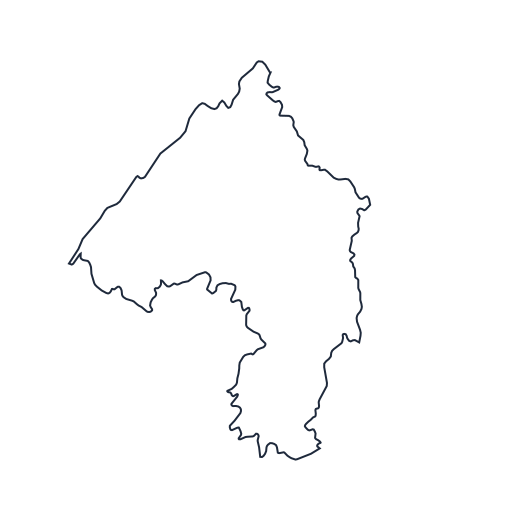 the Region of Rivne, rotated 302°
{"feature_id": "UKR-286", "entity_name": "Rivne", "entity_type": "Region", "adm_level": 1, "iso_a3": "UKR", "parent_name": "Ukraine", "parent_adm1": "", "projection": "natural_earth1", "projection_center": [26.178, 50.971], "detail": "fine", "context": "isolated", "style": "outline", "palette": "slate", "viewbox_px": 512, "rotation_deg": 302, "n_neighbors": 0, "source": "natural_earth", "source_scale": "10m", "svg_char_len": 6143}
<svg xmlns="http://www.w3.org/2000/svg" viewBox="0 0 512 512"><g transform="rotate(302 256 256)"><path d="M150.5,101.4L167.8,101.7L178.5,100.0L205.4,104.0L214.2,103.8L218.1,104.5L226.2,110.3L230.0,111.6L259.5,112.6L261.0,113.2L261.0,114.4L260.6,115.8L260.9,117.4L262.5,119.1L264.3,119.9L292.2,120.6L316.1,129.0L324.5,130.1L337.3,126.6L348.5,126.9L353.7,127.8L357.1,129.4L357.9,131.9L357.6,135.4L357.6,139.7L358.6,142.9L360.4,144.3L363.0,144.6L366.1,144.2L369.8,145.0L369.4,147.8L367.6,151.3L366.9,154.0L368.6,155.3L371.4,155.1L376.4,153.8L383.9,154.8L386.5,154.6L389.3,153.5L392.8,150.4L395.2,149.4L399.6,149.5L413.4,153.9L420.5,154.1L422.5,155.0L424.1,158.4L423.2,162.5L419.0,170.7L419.3,171.1L415.1,171.7L410.7,173.2L409.1,174.0L408.3,176.5L407.9,179.6L408.0,181.0L408.3,181.9L410.2,183.4L411.2,184.8L411.5,186.0L411.0,187.1L410.2,187.2L408.9,186.8L403.8,183.3L403.1,182.4L402.3,180.8L400.8,179.1L399.5,178.8L398.5,179.2L398.1,180.5L396.9,187.7L396.8,189.8L397.1,191.1L399.1,192.6L399.8,193.5L399.5,195.2L398.0,197.9L396.2,199.3L388.5,200.9L388.0,201.2L387.8,201.7L388.0,202.4L392.3,209.7L392.6,211.8L392.0,213.8L390.2,216.4L389.6,217.0L386.7,218.3L385.5,219.6L383.3,224.6L380.5,227.8L379.5,234.6L378.1,236.6L375.7,238.6L373.8,242.3L373.1,243.2L372.5,243.8L369.5,245.0L364.6,245.9L363.4,246.4L362.6,247.5L361.3,250.8L360.3,251.9L360.3,252.4L362.4,255.8L363.1,259.0L363.4,259.7L365.2,261.6L365.2,262.2L364.7,263.1L362.8,264.1L362.6,264.6L363.4,266.0L365.1,267.8L365.7,268.7L365.5,271.6L363.6,280.4L363.9,283.2L364.6,285.5L365.9,287.4L368.8,291.0L369.9,293.7L369.2,296.5L366.3,302.8L365.3,304.2L362.7,306.7L360.0,312.5L359.9,313.9L360.4,315.3L361.0,316.0L364.2,317.5L365.1,318.3L365.4,318.9L364.4,321.4L359.9,325.7L353.7,324.5L352.9,324.1L352.1,323.5L352.1,321.2L351.4,319.1L349.8,318.2L347.8,318.3L347.0,318.5L346.1,319.4L344.9,322.4L344.5,322.8L338.2,325.0L335.1,327.1L333.6,328.6L332.3,329.3L330.4,329.7L328.9,329.3L326.3,328.1L323.7,327.3L322.8,327.3L322.0,327.4L319.6,329.2L310.7,332.3L310.0,333.1L309.6,334.2L309.9,337.3L309.4,338.7L308.1,339.2L304.4,338.0L302.9,337.9L302.1,338.2L301.7,338.7L301.5,340.8L301.2,341.6L300.6,342.4L298.6,344.1L298.1,345.5L297.5,346.5L296.3,347.6L290.7,351.3L290.4,352.5L290.5,353.9L289.8,355.5L283.2,359.6L282.4,360.4L280.5,363.5L279.7,364.2L273.9,367.8L271.2,370.8L269.0,372.7L267.0,373.5L264.0,373.8L260.4,373.3L258.7,373.5L256.7,374.2L253.8,376.5L248.6,383.3L246.4,385.5L243.7,386.9L237.4,389.3L237.1,384.4L235.9,382.9L233.8,381.6L233.4,380.0L234.3,377.6L235.0,376.5L236.3,375.2L237.2,373.5L236.7,372.1L236.0,371.4L234.9,371.4L232.6,373.3L228.8,374.6L227.3,374.7L218.2,371.3L216.0,370.8L213.8,371.1L210.4,372.7L207.4,372.4L203.8,371.2L200.9,370.9L197.8,372.8L185.9,383.5L183.2,384.9L168.3,385.9L166.1,386.3L165.0,386.8L162.3,388.9L161.0,389.5L160.1,389.5L159.6,389.3L158.7,388.3L157.9,387.8L157.3,387.9L156.7,388.1L153.9,390.3L152.1,391.2L151.3,391.2L149.3,389.9L146.0,389.2L143.3,388.2L140.1,387.4L138.6,387.3L137.6,387.6L137.0,388.6L136.3,391.2L136.1,392.5L136.4,393.7L136.8,394.1L139.1,395.9L139.4,397.0L138.2,399.1L137.0,400.6L133.2,402.4L132.8,402.9L132.5,404.1L132.7,406.0L132.6,408.2L132.1,409.6L131.7,409.7L130.0,408.5L128.3,408.2L127.5,408.4L127.0,408.9L126.6,412.0L117.4,407.4L105.5,398.6L104.3,397.4L103.3,393.2L103.2,391.3L103.3,388.5L104.3,384.5L104.3,383.6L101.3,380.4L100.8,379.4L100.8,378.7L104.8,375.2L106.2,373.3L106.3,371.1L105.8,368.9L104.8,367.1L102.2,366.1L100.6,366.0L99.3,366.3L95.9,368.0L93.0,368.5L90.4,368.3L88.7,367.6L87.9,366.0L95.4,360.0L99.7,355.7L100.7,355.0L104.7,353.7L105.5,352.7L105.8,351.9L105.8,351.2L105.3,350.2L102.4,349.6L101.3,348.9L98.0,344.3L96.9,343.0L92.3,339.9L91.6,338.7L91.8,338.2L92.3,337.9L96.2,338.1L97.4,337.7L99.2,335.8L101.4,332.4L101.2,331.9L100.0,330.8L95.7,328.0L95.2,327.1L95.3,326.5L95.6,325.9L96.9,324.5L98.2,323.8L104.9,325.1L114.5,326.0L116.6,325.4L118.0,324.4L118.9,322.8L119.0,320.8L118.2,318.5L116.6,316.1L116.4,315.4L116.6,314.4L117.0,313.8L117.7,313.5L126.8,314.6L128.7,314.2L129.0,313.7L128.9,313.2L128.4,312.8L125.5,311.4L125.0,310.9L124.9,310.2L125.2,309.1L126.1,308.0L126.5,307.1L126.6,306.5L125.9,304.8L125.8,304.2L126.0,303.4L126.5,303.2L130.4,305.8L133.1,306.6L136.2,307.3L137.3,307.2L138.6,306.9L142.4,305.0L146.8,303.6L151.7,301.4L154.4,299.8L157.0,298.7L163.7,298.6L166.0,299.2L167.9,300.7L170.7,303.6L170.7,305.1L171.0,305.5L171.5,305.8L176.5,306.5L177.9,307.0L182.6,310.7L184.3,311.1L185.6,311.0L186.3,310.7L186.8,310.2L188.0,304.7L188.6,303.5L190.8,300.9L191.2,299.7L191.2,298.4L190.5,294.0L190.8,287.1L191.1,285.9L191.8,284.7L192.4,284.1L200.4,279.3L201.8,279.0L206.2,279.5L207.3,278.8L208.1,277.8L208.2,277.4L207.8,276.7L204.0,275.0L203.5,274.7L203.3,274.1L203.8,273.0L205.4,271.0L209.2,267.9L209.5,266.6L209.6,265.3L209.1,264.3L207.4,262.7L204.9,261.1L204.6,260.5L204.5,259.8L205.0,258.6L206.3,257.6L216.4,256.3L219.1,254.8L219.7,254.0L219.9,253.3L219.3,249.6L218.0,247.8L217.1,244.8L215.2,242.1L213.0,240.1L210.8,238.9L209.3,239.0L208.1,239.2L206.4,240.2L205.1,240.5L201.9,239.4L200.9,238.6L201.7,232.3L202.3,231.9L211.3,230.4L213.8,228.7L215.4,225.9L215.7,222.5L215.3,221.4L208.4,215.7L198.7,211.9L194.7,207.7L191.0,205.3L190.2,204.5L189.9,204.0L189.5,201.6L189.0,200.9L184.9,199.2L184.0,198.4L183.3,196.8L183.9,193.9L185.1,190.2L185.2,188.9L184.9,188.3L181.9,190.3L180.5,190.6L178.9,190.6L176.8,189.9L176.1,189.0L175.6,188.0L174.6,187.6L173.5,188.2L171.9,190.7L170.9,191.4L169.7,191.9L168.3,191.9L165.6,191.0L164.0,190.9L160.9,191.2L157.9,192.4L156.8,193.9L155.8,196.1L154.8,196.7L153.1,196.2L152.2,195.5L151.3,194.0L151.1,192.7L152.1,186.0L151.8,182.7L152.0,180.6L152.7,176.4L152.4,174.5L150.8,168.7L150.9,165.4L151.5,163.8L152.2,162.9L155.3,160.5L156.0,159.7L157.1,158.0L157.4,156.2L156.8,155.2L156.3,154.9L152.9,153.7L152.5,153.3L152.0,151.6L151.7,151.3L149.0,151.6L147.4,151.4L146.2,150.8L145.8,150.3L145.3,148.6L145.0,143.4L145.7,137.3L146.4,134.6L147.4,133.0L153.7,125.9L159.1,122.0L160.7,120.1L162.0,118.1L162.6,116.4L162.6,115.8L161.2,112.2L160.9,111.0L161.1,109.1L161.4,108.5L162.3,107.7L165.1,106.1L164.1,105.7L152.6,105.1L151.1,104.3L150.5,101.4Z" fill="none" stroke="#1e293b" stroke-width="2"/></g></svg>